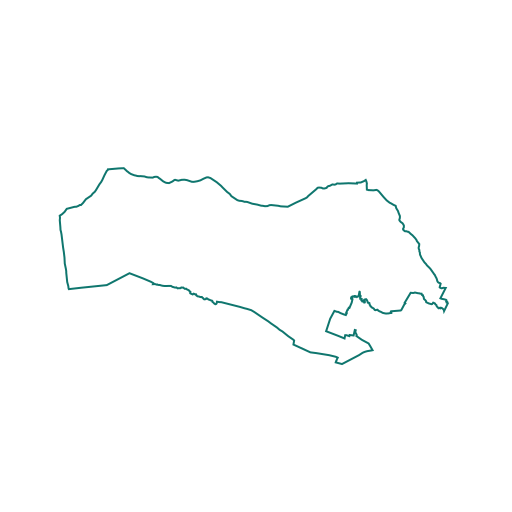 Mitocu Dragomirnei, Suceava, Romania, rotated 299°
{"feature_id": "2599482B44834834601396", "entity_name": "Mitocu Dragomirnei", "entity_type": "district", "adm_level": 2, "iso_a3": "ROU", "parent_name": "Romania", "parent_adm1": "Suceava", "projection": "albers", "projection_center": [26.23, 47.747], "detail": "fine", "context": "isolated", "style": "outline", "palette": "teal", "viewbox_px": 512, "rotation_deg": 299, "n_neighbors": 0, "source": "geoboundaries", "source_scale": "gbopen_adm2", "svg_char_len": 6093}
<svg xmlns="http://www.w3.org/2000/svg" viewBox="0 0 512 512"><g transform="rotate(299 256 256)"><path d="M368.0,343.3L369.4,339.1L372.0,332.3L372.3,331.0L372.3,329.6L372.2,329.3L370.3,326.8L369.6,325.3L368.2,322.5L367.8,320.8L371.6,318.5L373.2,317.8L374.8,316.3L375.7,315.1L373.9,314.2L371.1,312.0L369.1,308.8L368.3,309.2L364.6,301.8L359.8,294.0L358.8,291.8L357.3,291.0L356.5,290.2L355.6,288.1L353.1,286.5L352.4,285.6L351.9,285.2L350.9,284.8L349.8,284.7L348.3,283.2L347.5,281.8L347.4,280.1L346.4,277.9L345.5,276.8L343.6,276.3L333.8,272.6L332.0,272.2L330.6,271.4L322.1,265.1L314.5,259.9L311.4,253.5L310.7,251.1L308.0,244.7L307.0,243.2L305.2,241.8L303.9,239.7L303.2,237.6L302.5,236.1L301.6,232.3L299.9,227.3L299.1,222.5L298.8,221.5L297.8,219.6L297.6,218.3L297.2,216.8L296.2,214.6L295.8,212.6L296.4,205.5L297.5,203.1L297.7,202.0L298.0,199.7L299.8,193.3L300.4,191.5L301.5,185.9L302.1,178.4L301.6,175.9L300.7,174.6L298.1,172.6L295.2,170.7L293.0,168.5L291.2,166.3L290.5,165.3L289.8,163.9L288.9,158.9L288.1,156.6L286.7,154.2L284.2,151.5L283.4,148.3L282.9,147.8L280.7,146.8L277.6,144.6L276.7,142.6L276.4,141.6L276.3,140.5L276.3,138.4L277.0,134.6L277.1,133.1L277.4,131.8L277.2,130.9L276.4,129.4L275.5,128.4L274.5,127.7L272.5,123.7L271.9,122.1L271.5,119.9L269.8,116.1L269.2,115.2L268.4,113.4L268.1,112.0L267.6,110.4L267.1,106.9L267.2,104.7L267.5,103.3L267.6,102.1L268.0,100.7L268.7,97.8L266.2,93.7L260.0,84.5L259.5,84.7L258.0,84.2L253.3,84.3L248.1,84.7L245.8,84.7L242.8,84.3L236.3,84.1L234.1,83.9L231.3,82.9L228.9,82.6L223.2,79.7L218.5,79.0L215.7,78.2L215.2,77.2L213.6,76.3L212.0,75.0L211.1,73.5L205.5,67.6L201.8,67.2L198.5,66.1L196.1,64.8L194.3,66.1L192.2,67.0L186.4,70.9L184.0,72.4L182.8,73.6L180.5,75.5L170.0,83.1L166.3,86.0L161.7,89.3L156.7,92.4L152.4,96.1L150.7,97.4L149.3,98.2L141.7,103.5L138.7,106.4L136.9,107.7L136.3,108.4L143.5,118.5L158.2,139.6L179.6,153.7L181.6,167.9L182.5,176.5L182.5,179.5L182.2,179.7L181.5,179.7L182.5,181.3L182.8,183.0L183.2,183.3L183.2,184.1L183.4,184.7L183.7,185.4L184.0,185.8L184.3,187.4L184.7,188.8L185.4,190.5L186.7,192.8L188.6,196.1L188.5,198.0L188.7,198.5L188.9,199.6L189.2,200.7L189.9,201.6L189.7,203.1L190.5,204.2L191.2,205.5L192.2,205.9L192.2,206.2L193.1,207.6L192.9,208.6L192.8,209.8L193.5,210.7L193.4,211.0L193.3,212.0L193.4,212.8L193.4,214.1L193.3,214.5L192.8,215.1L192.9,215.9L191.5,216.6L191.5,217.1L191.7,219.3L192.8,219.7L193.0,220.9L192.9,221.6L193.4,222.1L193.2,222.5L192.6,223.0L192.4,224.4L192.9,225.7L193.1,227.2L193.8,228.3L193.9,228.6L193.5,229.4L193.5,230.3L193.1,230.9L193.0,231.7L193.3,232.3L194.1,233.1L194.9,233.1L195.2,234.0L194.9,235.5L195.2,236.6L195.2,237.6L195.6,239.3L195.5,239.6L194.8,240.1L194.7,241.0L194.2,242.5L194.1,243.7L194.2,244.0L194.9,244.5L195.6,244.5L197.1,244.0L197.9,246.3L198.8,248.1L203.7,266.7L204.7,271.3L205.4,273.8L206.3,278.1L206.2,281.6L205.3,291.3L204.8,298.4L204.3,301.8L203.6,309.1L202.9,312.4L202.8,315.7L201.5,323.0L200.9,329.1L200.6,330.3L196.7,331.7L198.1,350.3L200.3,355.8L204.7,368.0L206.5,374.5L206.7,376.2L206.7,376.8L205.0,376.8L203.5,377.1L203.1,377.0L201.6,377.3L203.2,383.6L219.3,394.2L222.9,396.1L223.9,396.8L225.2,397.9L226.7,399.4L229.3,402.7L230.1,403.6L232.5,399.7L234.1,396.9L234.0,389.2L234.7,382.6L235.7,382.4L236.9,380.8L237.3,379.8L239.4,379.2L239.2,378.3L233.8,379.9L232.3,376.2L231.2,376.5L230.5,373.3L230.0,372.4L226.8,373.4L226.0,366.6L224.2,353.8L237.1,351.3L246.0,351.2L246.4,353.7L247.0,355.1L247.0,357.5L247.5,361.2L247.9,363.2L250.0,363.1L250.0,362.4L253.3,362.1L253.4,362.4L255.7,362.2L255.9,362.9L261.6,362.3L265.1,361.3L265.2,361.1L264.7,360.1L264.8,359.8L266.0,359.3L266.3,359.4L266.4,359.6L266.2,360.3L266.6,360.2L266.9,359.8L267.2,359.8L267.7,360.3L267.7,360.8L267.9,361.2L268.7,361.4L268.8,361.6L268.3,362.1L268.2,362.4L268.6,362.9L269.2,363.0L269.0,364.1L269.5,364.3L269.9,364.8L270.4,364.8L270.9,365.1L274.9,363.8L275.0,363.9L274.9,364.2L272.1,365.9L271.9,366.8L271.7,367.0L271.1,366.8L269.8,367.3L269.7,367.5L269.7,367.9L269.2,368.0L269.6,369.1L269.6,369.4L268.3,369.6L268.2,369.8L268.2,370.2L268.1,370.4L267.8,370.9L268.2,371.4L268.6,371.5L268.1,371.7L268.0,371.8L268.1,372.6L268.4,373.1L268.2,373.3L267.9,373.4L268.0,373.6L268.6,373.6L269.3,372.7L269.7,372.5L271.2,372.8L271.6,373.2L271.4,374.0L270.2,375.7L269.4,376.4L269.4,376.8L269.8,377.6L269.8,378.0L268.5,379.0L268.3,379.6L267.5,380.6L267.6,381.1L267.1,382.1L267.2,382.8L267.1,384.5L266.5,385.7L266.4,386.2L266.5,386.7L267.9,388.2L267.9,388.5L267.6,389.1L267.5,389.6L267.5,391.1L267.7,391.9L267.7,394.5L268.4,396.8L268.7,397.6L270.0,399.7L271.4,401.3L271.8,402.0L272.2,401.8L272.7,400.9L273.1,400.9L278.5,409.0L279.3,409.3L285.5,409.2L286.9,409.6L287.1,408.7L298.8,409.1L299.8,411.3L300.3,412.0L301.1,412.7L302.0,415.8L302.6,417.1L302.6,417.7L303.3,419.1L302.4,420.0L302.5,420.5L302.6,421.1L301.9,421.6L301.4,422.6L300.5,423.2L299.8,423.9L299.5,425.3L299.1,426.4L298.1,427.3L298.3,430.2L299.0,433.0L299.5,433.4L301.1,433.6L301.2,434.0L301.2,435.7L300.7,436.2L300.5,437.6L299.9,438.1L299.5,438.7L299.2,440.0L298.8,440.8L298.8,441.1L299.6,441.8L299.6,442.7L300.0,442.9L300.3,442.7L300.6,443.5L300.4,445.1L300.1,445.9L299.7,446.6L299.0,447.2L307.7,446.7L307.7,445.5L308.5,445.4L308.4,444.4L309.6,444.1L309.8,443.5L309.4,441.7L308.5,438.9L308.4,437.8L320.0,437.4L319.1,435.4L318.1,434.4L317.7,433.9L317.5,432.6L317.7,431.8L321.3,430.9L321.5,430.0L321.2,428.8L321.3,428.1L321.5,427.5L322.1,426.6L323.4,425.4L324.2,424.4L325.0,423.1L326.3,421.3L326.3,420.8L326.7,420.2L329.3,414.8L329.8,413.3L330.7,410.0L331.4,408.6L332.1,406.4L334.3,402.1L334.9,401.2L335.8,400.1L336.4,399.2L337.2,398.4L338.3,397.8L339.3,396.6L340.4,396.0L341.2,394.9L341.7,394.5L342.4,394.1L343.8,393.8L345.6,393.0L347.1,389.4L347.8,388.6L348.7,386.7L350.0,382.7L350.3,380.8L351.1,377.7L350.7,376.8L350.6,375.7L349.9,374.4L349.9,373.6L350.2,372.9L350.3,372.1L350.9,371.5L352.8,371.4L354.3,370.6L355.0,369.6L355.7,368.2L355.9,366.2L356.4,364.8L356.7,364.2L357.1,363.8L359.0,363.4L360.7,362.5L363.1,359.5L364.1,358.5L365.8,355.5L367.6,353.8L367.4,351.6L367.5,348.6L367.4,347.0L368.0,343.3Z" fill="none" stroke="#0f766e" stroke-width="2"/></g></svg>